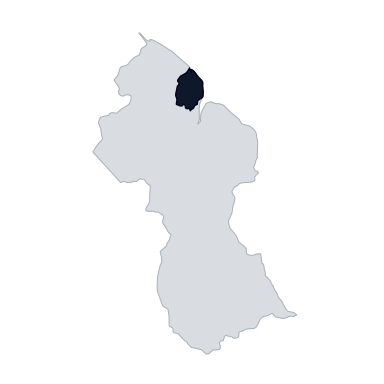 Pomeroon-Supenaam highlighted on a map of Guyana, rotated 356°
{"feature_id": "GUY-680", "entity_name": "Pomeroon-Supenaam", "entity_type": "Region", "adm_level": 1, "iso_a3": "GUY", "parent_name": "Guyana", "parent_adm1": "", "projection": "robinson", "projection_center": [-58.872, 7.19], "detail": "fine", "context": "in_parent", "style": "filled", "palette": "ink", "viewbox_px": 384, "rotation_deg": 356, "n_neighbors": 0, "source": "natural_earth", "source_scale": "10m", "svg_char_len": 4837}
<svg xmlns="http://www.w3.org/2000/svg" viewBox="0 0 384 384"><g transform="rotate(356 192 192)"><path d="M121.4,177.5L113.2,167.1L104.9,156.6L96.7,146.3L96.1,144.9L99.6,140.0L102.6,136.5L105.2,134.5L106.4,132.7L105.5,125.2L105.5,122.4L104.3,119.5L103.5,116.2L104.5,113.4L105.8,111.5L107.4,110.7L111.2,110.0L113.9,109.8L114.8,108.6L116.4,107.4L118.4,107.3L122.4,108.2L124.3,106.5L127.6,104.3L135.1,100.3L136.7,97.8L137.9,93.9L137.8,92.0L137.0,91.3L135.2,90.6L132.3,90.6L130.1,91.6L127.7,91.0L125.8,88.6L125.7,86.6L126.8,83.7L126.1,81.8L122.4,75.8L122.5,74.2L125.2,71.5L126.7,69.2L128.8,63.7L130.5,61.9L135.6,61.3L137.0,60.1L139.6,57.2L143.5,53.9L149.2,51.3L150.9,46.5L151.9,45.2L156.4,42.6L157.2,41.3L157.1,40.1L149.8,29.3L151.3,30.1L156.9,37.1L160.0,38.6L160.6,38.7L160.7,36.8L163.5,37.6L170.9,42.4L181.7,50.3L196.8,65.4L201.1,71.1L204.0,73.8L208.5,80.3L209.9,83.5L209.7,96.2L205.7,104.8L204.8,111.3L204.5,120.0L202.2,124.9L205.3,122.2L206.3,114.4L208.9,109.7L212.3,104.5L216.8,103.3L221.7,105.5L225.7,105.9L229.2,107.4L236.6,115.7L243.8,122.3L246.4,127.5L254.1,130.2L258.6,134.3L260.1,137.9L261.0,147.3L259.5,161.5L259.9,162.2L257.9,165.0L257.5,166.8L256.2,169.9L255.1,171.6L256.6,175.6L258.4,175.7L259.0,176.2L259.5,177.0L259.4,177.8L258.7,178.6L257.1,179.5L255.5,181.8L255.6,184.3L254.6,185.6L251.5,186.3L245.3,186.3L242.2,186.4L239.8,186.9L238.2,188.5L236.2,189.6L234.6,189.9L233.2,191.8L231.8,194.4L232.2,196.2L233.7,198.7L234.5,201.2L233.4,205.2L232.2,208.3L231.5,210.7L230.5,215.3L228.1,220.3L226.4,223.1L226.4,226.3L227.3,230.7L232.1,237.1L233.7,240.2L235.1,245.1L239.5,249.0L242.2,252.1L242.0,256.3L242.3,257.6L244.1,258.6L246.1,259.4L248.4,259.3L250.5,259.0L251.0,258.4L255.7,258.3L256.3,259.4L256.6,265.3L256.8,267.8L257.9,268.7L258.6,270.2L258.6,271.5L258.8,274.9L259.5,276.6L259.4,280.2L259.9,281.5L261.2,282.4L262.9,285.0L263.5,285.3L263.8,286.2L265.3,289.8L266.0,290.9L266.5,291.1L266.7,292.3L267.7,295.7L268.4,296.6L269.8,299.1L270.3,301.8L272.1,304.9L273.9,307.0L274.7,309.3L277.0,314.2L279.2,317.7L282.2,318.6L284.7,319.1L286.3,320.4L287.9,321.9L286.2,322.5L284.7,323.4L282.6,322.7L279.8,323.1L276.8,324.1L274.0,324.6L268.8,323.0L267.2,322.8L266.2,322.1L264.0,319.0L263.0,318.7L260.2,320.1L256.9,321.1L255.2,320.9L253.3,322.0L251.5,323.3L248.1,329.3L246.3,331.4L244.4,332.4L240.6,332.4L236.5,332.6L233.5,334.0L230.6,334.8L229.2,334.9L228.7,338.2L228.1,339.7L227.2,340.5L225.0,340.8L223.0,340.7L221.8,339.3L219.5,338.6L217.6,338.2L216.3,337.4L215.2,337.6L214.4,338.9L213.7,340.1L213.1,342.2L210.1,342.9L208.8,344.2L209.5,348.2L209.2,349.8L208.5,351.0L204.9,351.2L201.8,351.1L200.0,352.6L197.8,354.3L196.4,354.7L194.8,354.6L192.7,352.6L190.7,350.1L185.5,348.4L180.4,346.9L177.1,343.0L176.3,341.1L174.7,340.2L170.7,335.6L168.5,332.6L166.1,331.8L163.4,330.5L163.5,328.4L163.3,326.3L162.2,325.4L160.5,324.9L159.9,323.7L160.1,321.0L160.4,313.9L159.9,307.2L156.3,304.8L154.7,303.2L151.9,293.3L150.6,288.8L150.5,285.4L151.5,275.4L152.5,271.1L155.3,262.5L157.0,259.6L157.1,257.4L156.9,254.6L156.1,249.0L160.9,245.5L162.9,244.0L163.3,241.7L165.8,238.7L167.0,235.9L167.9,233.7L167.7,232.5L166.6,231.8L165.2,229.7L162.5,223.7L161.5,222.4L160.6,220.7L161.0,218.0L162.1,215.1L162.0,213.9L160.3,212.3L156.9,209.7L154.1,209.5L151.9,208.5L148.6,208.4L146.1,208.1L144.6,207.1L144.9,205.5L145.5,204.3L147.7,201.2L149.2,198.0L149.4,194.8L149.8,190.6L150.4,186.9L150.8,182.8L147.4,180.1L146.3,177.9L144.9,175.9L143.3,175.9L141.0,175.1L137.3,177.7L134.4,177.2L132.5,178.1L127.9,178.0L125.0,176.7L121.4,177.5Z" fill="#d9dde1" stroke="#a8b0b8" stroke-width="1"/><path d="M198.0,68.5L199.1,70.8L199.7,71.9L199.8,71.6L199.5,70.5L199.5,70.0L200.1,70.1L201.0,70.4L201.9,71.2L202.6,72.0L203.2,72.9L203.9,74.0L204.7,75.5L205.7,76.9L206.3,77.9L209.4,81.3L210.1,82.6L210.4,84.1L210.0,85.5L210.2,85.2L210.0,87.1L210.2,92.8L209.6,97.4L209.1,98.2L208.2,98.9L207.5,99.2L204.8,100.8L204.1,101.4L203.8,102.0L203.5,104.1L203.4,104.5L203.2,104.9L202.9,105.1L202.5,105.2L202.0,105.2L201.3,105.5L200.9,105.8L200.6,106.1L199.5,108.1L199.2,108.5L198.9,108.7L197.6,109.4L196.0,110.6L195.4,109.0L195.3,108.6L195.1,108.2L194.8,108.2L194.5,108.3L194.0,108.5L193.8,108.5L193.6,108.6L193.0,108.5L192.3,108.3L191.9,108.1L191.6,107.7L191.4,107.1L191.3,105.3L191.2,105.1L190.8,104.4L189.8,104.0L189.3,104.1L189.1,104.3L188.4,105.1L188.2,105.3L187.9,105.3L187.7,105.4L187.0,105.4L186.5,105.3L185.1,104.7L184.9,104.6L184.4,104.2L184.2,104.1L183.3,103.9L183.0,103.8L182.7,103.6L182.6,103.1L182.7,102.3L183.4,99.5L183.4,98.6L183.4,98.1L182.6,94.9L182.6,94.3L182.6,93.6L182.7,93.0L184.8,85.5L185.1,85.2L185.4,84.8L186.4,83.9L186.7,83.5L186.7,83.1L186.7,82.7L186.6,82.4L186.4,82.1L185.7,80.8L185.6,80.5L185.5,80.1L185.5,79.8L185.7,79.3L186.2,78.6L188.5,75.9L189.0,75.5L193.8,73.3L194.6,72.7L196.1,71.2L198.0,68.5Z" fill="#0f172a" stroke="#020617" stroke-width="1.5"/></g></svg>